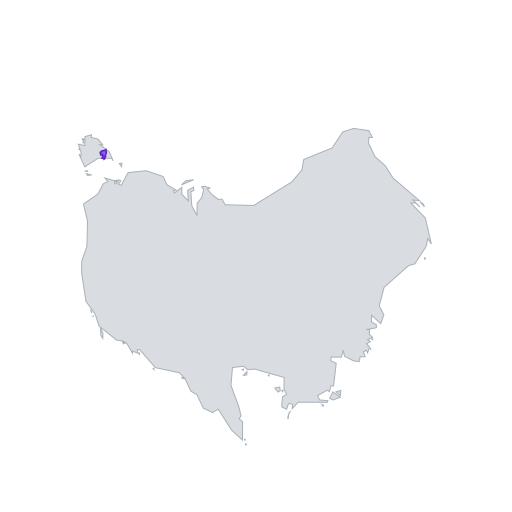 location of Waratah-Wynyard, Tasmania, Australia, rotated 159°
{"feature_id": "25037944B19706345556765", "entity_name": "Waratah-Wynyard", "entity_type": "district", "adm_level": 2, "iso_a3": "AUS", "parent_name": "Australia", "parent_adm1": "Tasmania", "projection": "natural_earth1", "projection_center": [145.692, -41.307], "detail": "fine", "context": "in_parent", "style": "filled", "palette": "violet", "viewbox_px": 512, "rotation_deg": 159, "n_neighbors": 0, "source": "geoboundaries", "source_scale": "gbopen_adm2", "svg_char_len": 4971}
<svg xmlns="http://www.w3.org/2000/svg" viewBox="0 0 512 512"><g transform="rotate(159 256 256)"><path d="M341.1,101.9L346.2,126.6L352.5,125.4L359.7,132.7L360.9,147.8L365.2,153.0L366.2,167.1L369.3,174.4L390.0,187.9L398.1,210.2L400.4,211.3L400.9,207.4L405.3,211.4L406.1,209.4L407.9,220.7L410.5,224.1L416.4,227.6L427.6,246.7L427.0,259.4L431.0,274.7L424.7,303.3L420.5,313.7L410.4,325.6L400.8,348.9L398.4,366.4L381.3,370.5L372.9,378.1L367.6,378.7L369.1,383.0L360.8,376.7L362.0,375.3L361.5,373.7L360.0,373.7L357.2,376.4L355.2,374.7L358.5,372.2L356.6,370.2L345.5,379.7L328.0,375.0L314.2,363.5L313.6,354.4L307.1,346.3L309.8,346.6L309.7,344.1L300.6,346.6L303.2,340.5L299.4,331.7L296.3,341.7L289.6,342.7L290.6,339.4L293.8,339.4L298.0,325.6L296.5,315.2L292.1,326.1L285.5,330.2L281.1,336.7L281.9,340.1L279.2,339.6L274.7,336.0L277.4,335.9L275.3,329.5L270.8,322.2L267.3,321.3L266.5,314.9L240.0,304.0L196.2,312.3L182.5,319.7L176.8,329.0L146.2,329.6L130.4,340.8L119.1,340.1L105.7,332.6L104.9,324.9L108.1,326.2L110.5,321.6L109.3,306.0L103.1,294.3L100.1,279.6L83.5,248.9L89.4,252.2L85.4,242.9L88.1,248.4L92.5,250.0L84.3,230.8L88.0,204.4L89.4,210.6L93.9,203.8L110.7,191.7L116.8,192.4L147.6,180.9L158.8,165.4L157.7,155.3L163.8,148.1L169.3,159.3L171.8,153.1L168.3,148.7L169.3,145.9L179.6,147.8L176.3,146.7L178.3,142.3L176.4,138.4L181.8,137.9L179.8,135.0L184.3,134.5L182.7,130.4L186.5,125.6L186.9,128.5L190.0,128.1L190.2,122.8L194.8,124.6L197.6,120.4L202.6,123.3L209.3,130.7L208.3,136.7L212.6,131.0L222.0,134.7L223.8,131.5L219.6,127.0L230.2,106.8L232.4,108.1L236.1,103.1L237.4,105.2L248.6,103.6L248.2,98.8L240.7,95.2L241.9,93.9L269.1,104.4L276.9,100.6L275.1,104.5L278.4,106.7L282.4,101.9L286.0,106.0L281.8,115.0L277.1,115.8L277.4,122.3L273.2,132.5L297.9,151.0L304.6,152.9L306.8,157.3L317.9,160.4L325.7,144.3L326.1,120.9L327.3,112.1L330.1,110.0L327.9,106.0L334.6,89.0L341.1,101.9ZM355.3,398.7L368.4,403.8L383.9,400.6L384.8,414.5L383.8,412.0L382.2,415.0L381.8,424.1L376.3,420.4L372.8,428.8L366.1,428.1L367.4,425.8L361.6,421.8L359.2,414.7L361.8,415.9L355.7,406.1L355.3,398.7ZM227.9,94.0L235.7,94.0L238.2,96.6L233.0,101.6L227.9,94.0ZM286.9,349.5L300.1,349.1L294.5,351.4L286.9,349.5ZM284.1,121.0L285.8,126.0L280.8,125.2L281.6,121.6L284.1,121.0ZM426.9,244.5L426.6,238.7L428.6,233.9L429.3,237.3L426.9,244.5ZM380.3,390.5L384.6,391.7L384.7,393.6L380.3,390.5ZM227.2,95.5L230.0,100.5L225.0,100.2L227.2,95.5ZM350.5,391.3L348.0,390.8L349.4,387.5L350.5,391.3ZM310.6,148.9L308.3,150.4L305.9,151.3L307.1,148.4L310.6,148.9ZM83.4,247.6L81.3,244.8L81.0,242.2L81.3,242.1L83.4,247.6ZM383.8,395.5L385.5,396.8L382.2,395.7L383.8,395.5ZM409.5,221.5L411.3,221.5L411.3,224.0L409.5,221.5ZM366.8,166.9L368.9,168.4L368.6,169.3L366.8,166.9ZM376.1,425.4L376.3,427.7L374.7,426.9L376.1,425.4ZM429.7,261.6L429.8,264.8L429.5,264.7L429.7,261.6ZM247.8,93.8L246.5,92.4L247.3,91.7L247.8,93.8ZM284.1,94.1L282.2,96.6L284.5,92.2L284.1,94.1ZM430.0,257.8L429.1,258.8L429.7,257.7L430.0,257.8ZM287.4,140.1L286.3,140.6L286.9,139.4L287.4,140.1ZM280.3,120.8L278.9,121.1L279.7,119.5L280.3,120.8ZM99.6,191.8L99.3,193.9L98.7,193.7L99.6,191.8ZM332.3,87.9L332.3,89.6L331.8,88.4L332.3,87.9ZM360.0,374.5L360.3,375.6L359.9,375.3L360.0,374.5ZM281.8,97.3L279.2,99.0L281.8,96.9L281.8,97.3ZM182.8,127.9L181.9,129.1L182.4,127.7L182.8,127.9ZM377.0,423.8L376.2,424.2L376.7,423.4L377.0,423.8ZM309.6,154.9L308.1,154.9L308.9,153.8L309.6,154.9ZM177.8,137.0L177.1,137.7L177.0,136.1L177.8,137.0ZM383.3,419.0L382.2,419.6L382.6,418.4L383.3,419.0ZM333.2,83.2L333.1,84.4L332.3,83.8L333.2,83.2ZM359.3,376.0L360.5,377.0L358.6,376.7L359.3,376.0ZM392.5,187.8L391.6,187.9L391.9,186.5L392.5,187.8ZM400.1,207.2L399.5,207.2L399.9,206.1L400.1,207.2ZM355.8,397.0L355.5,397.9L355.2,396.8L355.8,397.0Z" fill="#d9dde1" stroke="#a8b0b8" stroke-width="1"/><path d="M364.4,402.7L364.5,402.5L364.4,402.5L364.4,402.4L364.2,402.4L364.0,402.2L363.9,402.1L363.7,402.0L363.6,401.9L363.6,402.0L363.6,401.9L363.4,401.9L363.5,401.9L363.5,401.7L363.4,401.5L363.2,401.5L363.2,401.4L363.1,401.5L363.0,401.4L363.0,401.5L362.9,401.5L362.9,401.4L362.7,401.4L362.4,401.3L362.5,401.3L362.4,401.3L362.4,401.2L362.2,401.2L362.0,401.3L362.0,401.6L361.9,401.8L361.8,402.0L361.8,401.9L361.8,402.0L361.6,402.3L361.5,402.5L361.4,402.7L361.3,402.8L361.2,402.8L361.3,402.9L361.3,403.0L361.2,403.0L358.6,406.2L358.2,408.6L358.3,408.5L358.2,408.6L358.2,408.8L358.2,408.7L358.3,408.8L358.4,408.7L358.5,408.7L358.4,408.7L359.8,409.0L360.4,409.1L362.8,409.3L362.9,409.1L363.0,409.1L363.2,408.9L363.3,408.9L363.3,408.7L363.5,408.6L363.8,408.5L364.0,408.5L364.0,408.4L364.0,408.2L364.2,408.3L364.2,408.2L364.3,408.2L364.5,408.1L364.6,407.4L364.6,406.4L364.6,405.7L362.8,405.7L362.8,404.8L362.9,404.5L362.9,404.3L363.0,404.3L363.0,404.2L363.3,404.1L363.4,403.9L363.5,403.9L363.6,403.7L363.8,403.6L363.9,403.4L364.0,403.4L364.1,403.2L364.3,403.2L364.2,403.2L364.3,403.1L364.3,402.9L364.4,402.7L364.4,402.8L364.4,402.7L364.5,402.7L364.4,402.7L364.4,402.7Z" fill="#8b5cf6" stroke="#5b21b6" stroke-width="1.5"/></g></svg>